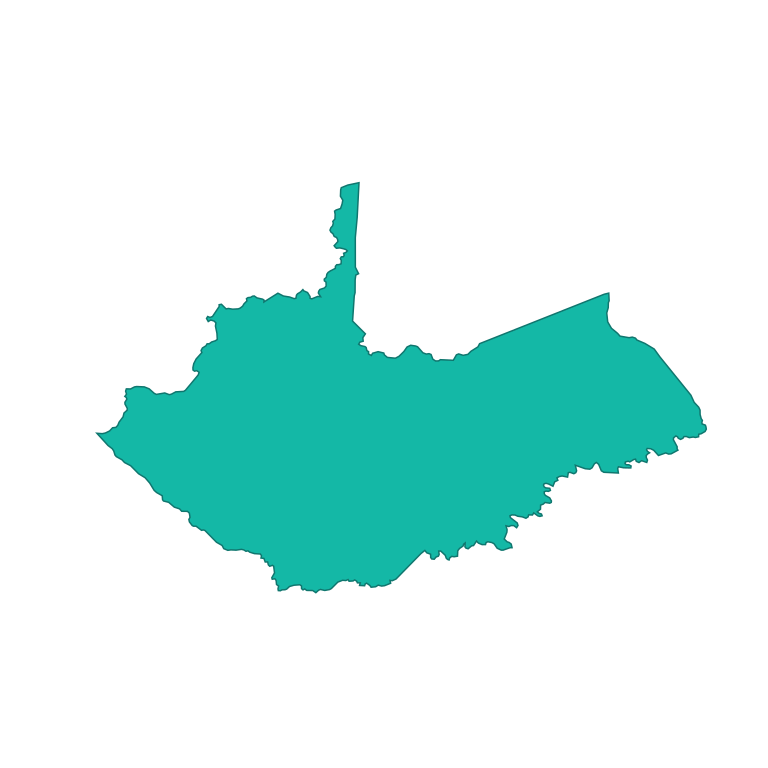 Rondonópolis, Mato Grosso, Brazil, rotated 249°
{"feature_id": "56859067B39201952923090", "entity_name": "Rondonópolis", "entity_type": "district", "adm_level": 2, "iso_a3": "BRA", "parent_name": "Brazil", "parent_adm1": "Mato Grosso", "projection": "robinson", "projection_center": [-54.671, -16.573], "detail": "fine", "context": "isolated", "style": "filled", "palette": "teal", "viewbox_px": 768, "rotation_deg": 249, "n_neighbors": 0, "source": "geoboundaries", "source_scale": "gbopen_adm2", "svg_char_len": 6170}
<svg xmlns="http://www.w3.org/2000/svg" viewBox="0 0 768 768"><g transform="rotate(249 384 384)"><path d="M370.5,617.4L374.9,620.7L379.5,622.6L381.0,624.0L388.3,626.4L388.9,621.7L387.4,487.7L385.0,485.0L383.4,476.9L381.6,473.0L382.4,468.2L385.3,464.5L385.3,462.1L381.3,457.2L386.5,445.3L386.0,443.3L387.0,440.4L389.7,438.5L394.7,438.5L396.2,436.9L396.8,434.2L399.2,431.5L406.7,428.7L408.1,427.2L410.6,422.8L410.3,418.8L407.2,414.2L404.5,408.0L404.0,403.9L407.6,396.7L411.0,394.8L413.0,394.9L416.3,390.1L416.8,384.4L415.2,382.4L417.6,380.3L419.7,381.2L421.3,380.0L424.5,380.4L425.8,379.6L428.1,376.1L430.2,374.6L431.7,376.4L431.4,379.9L434.8,380.8L437.5,384.6L454.0,377.2L476.9,387.8L479.6,389.7L491.6,394.4L495.8,396.7L496.1,399.8L503.3,399.1L531.0,409.7L549.2,418.7L580.9,432.8L582.7,421.5L582.6,414.5L580.9,413.2L574.9,410.6L570.4,411.4L567.1,409.4L563.4,406.3L563.6,401.6L563.1,399.8L559.9,399.2L555.6,397.3L554.2,394.5L552.3,394.3L550.1,392.7L548.9,390.4L547.0,388.7L544.8,388.9L542.6,390.2L539.6,390.4L537.8,392.2L535.6,392.5L533.5,392.0L531.0,387.0L529.5,387.4L527.8,388.2L526.9,391.5L524.8,394.6L523.2,396.6L521.4,397.5L520.5,395.6L520.5,393.1L518.5,393.0L517.4,391.8L518.0,389.7L516.7,388.1L514.7,388.4L511.6,387.0L511.6,384.8L512.3,382.6L511.3,380.8L509.4,380.0L508.8,374.3L508.2,371.8L507.0,370.0L504.2,368.3L503.3,365.8L501.7,365.3L499.9,366.4L496.2,365.1L495.0,362.9L495.2,358.0L494.0,356.3L492.5,355.3L488.2,356.1L489.5,353.6L489.4,347.1L490.6,345.7L492.2,346.3L496.8,345.4L499.7,342.5L501.2,342.1L499.8,339.0L499.2,335.6L498.3,334.1L495.6,332.5L495.9,330.7L499.0,327.1L502.2,321.6L506.8,317.5L503.6,301.3L505.2,302.1L506.7,301.1L509.9,296.3L512.7,294.4L513.1,292.7L512.7,290.6L513.4,288.0L513.0,286.2L510.7,285.8L509.0,282.0L507.3,279.9L506.4,276.9L506.4,274.8L508.1,269.5L510.3,265.8L510.7,263.5L516.7,260.8L517.1,258.5L515.4,257.9L508.5,248.1L508.5,245.4L510.2,243.6L508.8,241.8L505.3,242.3L505.8,245.2L503.7,247.9L501.3,249.0L498.5,247.4L491.2,246.2L485.3,244.3L484.8,242.0L485.0,238.1L484.2,235.3L484.9,233.2L483.5,231.5L482.7,227.4L480.8,225.2L478.6,225.2L474.7,217.6L471.2,213.7L467.8,211.5L465.5,210.7L463.9,211.7L463.5,214.0L461.2,215.6L459.0,213.7L449.3,196.4L448.9,194.3L451.3,186.8L450.7,181.8L451.0,179.7L454.2,176.1L455.9,167.7L457.7,166.1L463.7,163.0L467.2,159.2L470.3,152.1L470.7,149.9L470.2,145.6L471.8,141.7L469.9,140.2L466.8,140.0L465.3,137.6L463.8,138.6L462.0,138.5L459.8,135.6L458.1,135.0L453.3,135.6L451.6,134.8L450.1,130.9L446.8,128.6L443.4,123.1L440.8,120.6L439.6,118.2L440.4,114.9L438.5,111.0L438.1,106.3L438.6,103.2L440.9,98.3L425.5,104.3L421.0,107.1L418.3,107.7L414.1,107.4L412.1,108.1L407.2,112.2L403.7,113.6L398.5,118.2L388.2,122.7L382.1,127.4L375.4,129.8L367.1,131.3L364.2,132.8L359.2,136.9L355.3,135.8L353.8,136.2L350.7,140.6L344.2,144.1L340.7,148.4L337.7,149.5L335.5,154.9L333.2,156.0L329.0,155.1L327.5,153.3L325.0,152.9L320.6,154.2L319.5,155.2L318.6,157.6L312.8,161.2L312.5,163.0L311.5,164.3L296.3,170.9L291.3,175.0L287.7,175.4L284.7,178.6L284.0,181.6L281.9,186.4L280.7,191.7L279.4,193.6L277.3,195.2L277.0,197.2L275.1,198.4L272.1,202.2L269.6,207.6L267.6,208.1L265.6,206.8L264.2,209.4L260.4,209.3L259.6,211.6L256.6,211.2L254.8,212.0L254.7,214.9L253.4,215.7L246.9,214.1L243.3,209.8L241.8,209.7L241.3,212.3L239.3,212.9L235.3,211.8L233.2,213.2L230.7,211.6L229.0,211.3L228.1,213.2L228.4,214.9L227.4,217.9L227.4,219.7L228.8,223.2L228.4,227.9L226.7,233.5L225.1,234.6L222.5,233.7L220.8,234.6L221.1,236.5L219.0,237.9L216.7,243.5L213.6,245.6L214.9,249.0L215.0,251.0L212.5,254.7L211.6,259.5L211.9,261.6L215.6,269.9L215.6,275.0L214.2,277.9L214.3,280.4L212.4,280.7L211.2,284.6L211.6,286.4L209.8,287.8L207.9,287.9L206.8,290.6L204.7,289.0L202.6,293.6L204.0,294.7L204.3,296.4L201.0,298.6L198.9,299.1L197.7,303.6L198.3,306.5L196.2,309.4L195.5,312.3L195.6,318.8L198.5,319.2L197.4,321.2L197.6,325.3L212.4,357.6L214.0,362.5L211.1,363.4L208.4,366.5L205.3,365.4L203.6,365.8L202.4,368.1L203.8,370.6L203.8,373.1L205.1,374.4L208.4,375.2L207.7,377.1L202.1,379.8L199.1,379.7L197.5,380.4L196.4,381.7L198.1,383.0L198.8,385.5L197.6,387.5L196.9,390.9L201.9,393.1L203.4,395.6L204.4,399.8L205.9,400.9L206.5,402.8L203.0,401.2L201.4,401.7L200.0,403.5L201.5,407.8L201.1,409.7L204.2,414.1L201.7,415.1L198.9,418.0L197.7,421.2L199.4,422.5L199.5,424.4L197.3,427.9L195.4,429.5L190.1,430.8L186.9,433.9L186.2,435.7L186.0,442.9L185.3,444.9L189.0,445.4L191.3,444.0L192.5,442.4L196.2,440.7L201.6,445.6L203.9,446.7L207.9,447.1L206.2,449.5L206.3,451.9L205.3,454.4L202.3,456.3L203.9,458.4L206.5,458.6L214.0,454.1L215.8,454.3L216.0,456.4L214.7,459.4L212.6,461.5L210.4,465.5L207.8,468.4L208.3,470.9L210.0,472.1L208.5,475.7L210.0,477.6L205.7,480.4L204.5,482.1L204.3,484.4L206.2,484.4L207.8,482.4L209.7,481.3L211.0,485.2L214.8,486.8L214.8,489.7L215.7,491.8L213.3,496.1L213.5,497.7L214.8,498.4L218.3,497.9L222.2,494.7L224.2,494.3L226.0,495.0L225.9,497.0L224.8,499.1L225.0,501.2L227.2,501.4L229.1,497.7L230.7,496.6L232.5,496.7L233.5,497.8L233.2,499.7L231.8,501.7L228.0,505.1L231.5,508.3L231.8,511.8L234.4,511.8L234.8,514.3L234.3,517.3L231.3,522.0L235.2,524.3L234.9,526.0L232.2,529.1L232.5,531.3L233.9,532.7L239.6,533.5L232.8,541.5L230.7,545.7L231.2,548.2L234.1,551.8L234.7,554.1L232.1,555.6L225.1,555.8L222.8,557.6L216.9,570.9L221.4,571.9L222.7,573.2L219.9,577.7L217.2,584.3L218.9,585.3L220.8,583.7L221.8,581.3L223.3,580.5L224.7,581.4L224.4,584.3L223.2,585.5L224.0,590.2L223.7,591.9L221.4,591.8L219.3,593.9L220.1,597.0L216.6,601.2L218.5,602.7L221.3,602.5L223.2,603.1L224.2,605.0L224.6,607.3L226.6,605.9L228.5,605.5L229.5,606.6L227.9,609.9L225.4,612.1L218.9,614.6L218.7,622.3L216.6,624.6L215.9,627.0L216.9,634.7L218.5,634.4L220.4,635.2L228.3,634.2L230.0,635.1L230.9,637.9L229.5,639.1L227.9,639.3L226.0,641.0L226.2,643.6L227.4,645.2L226.6,647.5L224.5,649.8L223.7,653.7L222.5,655.5L222.0,658.8L224.3,659.8L223.9,662.2L224.6,666.7L226.3,668.7L228.6,669.2L230.4,669.3L232.7,666.7L234.3,667.0L235.9,668.2L238.0,667.7L242.3,668.2L246.4,669.7L249.5,669.5L255.7,667.0L263.6,666.5L310.7,651.2L319.8,648.8L328.4,642.1L334.4,635.9L336.7,635.2L338.8,632.6L339.4,629.4L344.1,621.5L347.6,620.2L354.5,616.3L361.8,615.1L370.5,617.4Z" fill="#14b8a6" stroke="#0f766e" stroke-width="1.5"/></g></svg>